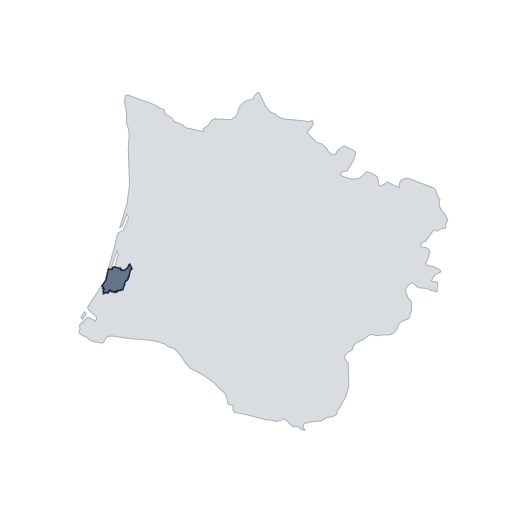 District Autonome D'Abidjan, Lagunes, Ivory Coast shown in context, rotated 112°
{"feature_id": "98640826B76853064397847", "entity_name": "District Autonome D'Abidjan", "entity_type": "district", "adm_level": 2, "iso_a3": "CIV", "parent_name": "Ivory Coast", "parent_adm1": "Lagunes", "projection": "robinson", "projection_center": [-4.007, 5.412], "detail": "fine", "context": "in_parent", "style": "filled", "palette": "slate", "viewbox_px": 512, "rotation_deg": 112, "n_neighbors": 0, "source": "geoboundaries", "source_scale": "gbopen_adm2", "svg_char_len": 7305}
<svg xmlns="http://www.w3.org/2000/svg" viewBox="0 0 512 512"><g transform="rotate(112 256 256)"><path d="M134.4,106.7L135.9,106.6L139.8,105.4L143.3,102.5L146.5,96.5L150.9,91.6L155.9,92.0L157.4,91.1L159.1,90.9L161.2,94.1L163.2,96.5L164.7,96.6L165.8,101.2L174.8,103.1L178.7,104.4L182.0,107.7L183.1,107.8L184.5,107.1L185.6,105.9L185.8,104.6L184.4,101.6L185.0,98.9L186.5,96.5L188.8,96.3L192.3,95.6L196.3,95.6L199.3,96.1L200.5,93.6L199.4,86.8L199.7,83.1L200.2,79.9L201.3,78.6L205.8,82.6L209.9,84.0L212.8,84.1L213.6,83.4L212.4,79.0L212.7,77.7L213.8,77.0L215.7,76.5L221.0,74.8L221.5,75.1L222.5,82.0L222.0,84.2L223.1,88.9L224.5,93.2L224.4,94.9L223.2,97.6L221.9,100.1L222.1,101.1L224.1,102.7L228.1,104.5L232.2,104.9L234.5,102.3L236.9,100.3L238.6,98.5L239.2,95.8L241.8,93.8L249.3,91.3L256.2,90.9L257.8,91.7L260.9,95.5L264.9,98.1L270.9,97.8L275.2,99.3L279.0,102.2L281.5,108.6L284.3,113.3L285.5,119.9L289.8,123.4L293.2,125.0L297.9,129.8L302.7,132.2L307.6,131.7L309.9,134.2L313.7,136.0L317.4,136.1L320.6,130.5L324.9,128.4L335.8,123.9L340.1,121.9L344.4,120.7L354.9,120.2L364.7,121.6L369.5,122.6L372.8,121.9L376.0,124.5L379.2,130.0L381.9,131.8L384.6,133.7L386.6,138.1L389.0,142.4L390.3,144.3L393.2,148.6L395.7,148.7L398.2,146.8L399.2,145.4L399.7,148.3L398.7,152.8L398.9,155.7L400.3,156.7L399.6,160.4L396.7,166.6L396.7,170.3L399.5,171.4L401.6,175.3L402.8,181.9L404.0,184.2L404.1,185.5L406.2,201.7L408.8,217.8L407.2,219.9L404.9,220.6L403.5,221.3L403.1,222.8L404.0,225.0L403.4,227.0L400.6,228.4L394.6,233.6L394.2,235.6L392.6,240.0L391.2,242.7L389.3,247.6L386.1,260.7L385.0,271.6L384.8,274.9L383.6,277.3L382.2,280.6L375.6,289.9L372.3,297.5L372.7,300.9L372.9,304.2L371.9,306.6L372.1,313.0L372.9,318.4L374.0,323.7L378.8,338.6L381.3,347.7L382.9,355.0L384.2,359.9L385.5,361.9L386.0,363.8L393.1,365.1L394.5,366.2L396.4,375.7L396.1,380.0L394.7,381.7L394.7,385.3L394.4,389.8L393.4,391.6L389.4,391.9L386.7,393.6L383.2,392.9L382.8,391.8L380.9,391.4L375.7,388.8L376.5,380.5L374.1,380.2L372.2,381.3L368.5,391.2L366.7,392.9L340.5,387.8L334.8,383.7L327.9,382.7L316.1,383.2L306.2,384.4L303.4,386.9L328.2,385.5L330.9,385.7L332.1,387.3L300.8,390.5L288.8,392.5L285.3,391.9L282.6,388.8L269.6,388.4L267.0,389.4L265.4,391.8L270.5,391.3L278.5,391.1L280.7,392.9L255.5,395.3L238.0,399.7L230.5,403.0L206.1,413.9L191.2,419.0L187.3,420.9L180.5,426.2L171.8,429.6L162.0,435.8L156.1,437.2L154.7,435.2L154.6,424.7L153.8,410.5L154.1,405.1L154.9,400.0L154.9,395.8L157.9,394.2L158.7,392.4L159.1,386.9L161.9,381.9L162.0,373.2L162.8,371.3L163.4,369.0L162.3,363.3L160.7,352.5L160.0,351.8L159.3,352.3L157.8,352.4L151.6,348.7L146.9,348.1L143.6,344.9L143.4,341.3L141.8,339.1L140.7,334.9L139.0,330.1L134.4,327.2L130.0,326.5L126.9,327.1L123.2,326.9L119.0,325.3L116.2,323.5L113.4,320.0L110.9,317.2L108.9,317.5L106.4,316.8L104.0,315.6L103.2,314.6L113.4,303.4L116.8,297.9L117.2,294.5L117.3,291.1L118.4,287.7L118.7,282.4L113.1,263.2L111.7,257.2L110.2,255.5L109.2,254.8L112.1,252.4L116.0,253.0L122.0,254.9L123.3,253.0L127.8,243.3L127.7,239.7L127.3,237.2L130.0,230.6L132.1,228.0L133.2,225.2L132.8,221.5L131.2,220.0L129.1,220.3L126.6,219.4L122.8,217.2L120.9,215.3L121.5,206.5L121.9,203.8L123.2,202.2L125.3,201.8L131.3,201.5L136.1,202.5L140.3,203.1L142.6,203.1L144.4,205.7L146.8,208.4L148.9,208.3L149.7,206.4L149.2,197.7L147.8,193.1L144.6,188.7L136.2,184.9L136.0,179.7L136.9,174.0L138.7,171.9L144.9,168.2L143.8,166.3L141.8,164.2L137.9,162.1L138.8,155.3L139.0,149.2L135.7,149.9L132.3,150.2L129.4,148.3L127.0,144.6L126.6,134.4L126.6,122.7L126.2,117.5L127.1,114.7L130.0,112.1L133.3,108.8L134.4,106.7ZM379.8,393.0L378.4,395.3L371.8,393.9L373.4,392.0L379.8,393.0Z" fill="#d9dde1" stroke="#a8b0b8" stroke-width="1"/><path d="M310.8,370.0L311.0,370.2L311.3,370.1L311.5,370.1L311.6,370.3L311.8,370.4L312.0,370.4L312.1,370.5L312.2,370.4L312.3,370.4L312.5,370.3L312.8,370.3L313.0,370.4L313.1,370.5L313.3,370.5L313.5,370.6L313.8,370.4L314.0,370.4L314.3,370.5L314.5,370.4L314.7,370.5L314.8,370.6L315.0,370.6L315.4,370.8L315.6,371.1L315.9,371.2L315.9,371.3L316.1,371.4L316.2,371.5L316.6,371.5L316.8,371.7L317.0,371.7L317.2,372.0L317.3,372.1L317.5,372.1L318.8,372.8L318.8,373.0L318.8,373.3L318.9,373.5L318.9,373.9L319.0,374.2L318.9,374.4L319.0,374.5L319.1,374.4L319.2,374.5L319.3,374.5L319.4,374.4L319.6,374.7L319.6,374.8L319.7,375.1L319.6,375.3L319.6,375.7L319.4,375.7L319.4,375.8L319.5,375.9L319.5,376.0L319.4,376.2L319.3,376.3L319.2,376.2L319.0,376.4L318.9,376.4L318.6,376.4L318.4,376.5L318.2,376.9L318.2,377.0L318.1,377.3L318.0,377.5L318.6,378.0L319.1,382.8L320.2,384.7L322.6,384.4L323.2,387.9L324.1,387.8L325.8,387.5L326.9,387.3L327.4,387.3L328.1,387.2L328.6,387.1L328.9,386.9L330.0,386.8L330.8,386.6L331.5,386.6L332.2,386.5L332.5,386.4L333.1,386.5L333.5,386.4L333.8,386.1L335.0,386.3L335.4,386.3L336.6,386.6L337.8,386.9L340.5,387.4L341.4,387.7L341.4,387.4L342.0,385.9L343.1,386.1L343.3,386.1L343.3,385.9L343.3,385.5L343.2,385.4L343.1,385.2L343.1,384.9L343.8,384.1L344.8,384.9L348.2,383.4L348.2,383.2L347.8,383.0L347.7,383.0L347.4,383.0L347.1,382.8L346.7,382.6L346.7,382.4L346.7,382.1L346.7,381.9L346.7,381.7L346.5,381.4L346.4,381.3L345.9,381.3L345.6,381.1L345.6,380.9L345.7,380.7L345.8,380.6L346.0,380.3L346.0,380.2L346.0,379.9L346.0,379.7L345.8,379.4L345.6,379.3L345.4,379.2L345.1,379.1L344.9,379.2L344.8,379.4L344.7,379.4L344.5,379.2L344.4,379.2L344.2,379.0L344.0,378.9L343.8,378.8L343.6,378.7L343.2,378.7L343.0,378.8L342.9,378.9L342.9,379.1L342.9,379.3L343.1,379.4L343.2,379.5L342.9,379.4L342.6,379.2L342.5,378.9L342.6,378.7L342.4,378.4L342.3,378.5L342.3,378.4L342.4,378.2L342.5,378.2L342.6,377.8L342.5,377.7L342.9,377.2L342.9,376.9L343.0,376.8L343.1,376.7L343.0,376.4L343.2,376.2L343.1,375.9L343.0,375.7L342.9,375.8L342.8,375.7L342.7,375.9L342.6,375.6L342.6,375.4L342.4,375.3L342.3,375.2L342.2,375.1L342.3,374.9L342.2,374.7L342.4,374.4L342.5,374.3L342.4,374.3L342.4,374.2L342.5,374.1L342.5,373.9L342.3,373.8L342.3,373.7L342.2,373.6L342.3,373.4L342.3,373.5L342.4,373.4L342.4,373.2L342.2,373.0L342.2,372.8L342.1,372.7L341.8,372.8L341.9,372.6L341.7,372.6L341.8,372.4L341.8,372.2L341.7,372.2L341.6,371.9L341.6,371.7L341.3,371.6L341.3,371.4L341.2,371.4L341.1,371.5L340.9,371.7L340.7,371.5L340.4,371.8L340.2,371.8L340.2,371.5L340.1,371.4L340.1,371.2L340.2,370.9L339.9,370.7L339.8,370.8L339.8,370.7L339.7,370.6L339.7,370.4L339.5,370.1L339.4,370.0L339.3,369.8L339.2,369.8L339.2,369.6L339.1,369.3L339.0,369.2L338.9,369.2L338.8,368.9L338.7,369.0L338.6,368.9L338.4,368.9L338.4,368.7L338.2,368.4L338.1,368.5L337.8,368.5L337.7,368.5L337.6,368.4L337.5,368.2L337.6,367.9L337.5,367.6L337.4,367.5L337.4,367.4L337.2,367.3L337.2,367.2L337.0,366.8L336.7,366.9L336.4,366.8L336.2,366.9L335.8,366.9L335.3,366.9L334.6,367.1L334.1,367.2L333.5,367.2L333.3,367.2L332.5,367.2L332.4,367.2L332.1,366.9L330.4,367.7L330.1,367.6L329.8,367.5L329.5,367.5L329.4,367.5L329.0,367.6L328.8,367.6L328.2,367.4L328.0,367.2L327.7,367.2L327.3,367.0L327.1,366.7L326.9,366.5L326.8,366.3L326.7,366.3L326.4,366.4L326.2,366.4L325.9,366.4L325.9,366.2L325.7,366.1L325.3,366.1L325.2,366.1L325.0,365.9L324.9,365.9L324.6,366.3L324.3,366.4L324.1,366.5L323.9,366.5L323.7,366.3L323.6,366.2L323.3,366.2L323.2,366.2L322.7,366.2L322.4,366.1L322.2,366.3L322.0,366.2L321.9,366.2L321.7,366.2L321.5,366.3L321.4,366.4L321.1,366.4L320.8,366.5L315.8,367.3L314.3,366.1L310.8,370.0Z" fill="#64748b" stroke="#1e293b" stroke-width="1.5"/></g></svg>